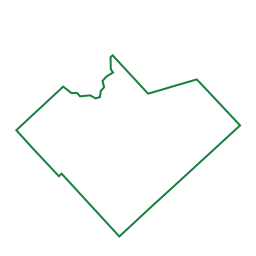 outline of Laclede, Missouri, United States of America, rotated 316°
{"feature_id": "52423323B33468312624541", "entity_name": "Laclede", "entity_type": "district", "adm_level": 2, "iso_a3": "USA", "parent_name": "United States of America", "parent_adm1": "Missouri", "projection": "equal_earth", "projection_center": [-92.56, 37.684], "detail": "fine", "context": "isolated", "style": "outline", "palette": "green", "viewbox_px": 256, "rotation_deg": 316, "n_neighbors": 0, "source": "geoboundaries", "source_scale": "gbopen_adm2", "svg_char_len": 500}
<svg xmlns="http://www.w3.org/2000/svg" viewBox="0 0 256 256"><g transform="rotate(316 128 128)"><path d="M91.9,200.9L126.7,201.9L210.4,204.0L211.1,156.6L211.2,140.8L196.2,132.9L166.3,117.3L167.3,69.5L167.5,65.1L164.7,64.9L156.5,73.7L155.7,77.7L148.1,76.0L142.4,76.4L139.1,82.1L134.2,82.4L129.4,86.2L125.3,84.3L123.5,78.3L115.5,71.9L115.7,67.6L111.6,63.6L110.1,53.2L46.1,52.0L45.3,78.0L44.8,114.7L48.5,114.7L46.4,200.0L46.8,200.0L91.9,200.9Z" fill="none" stroke="#15803d" stroke-width="2"/></g></svg>